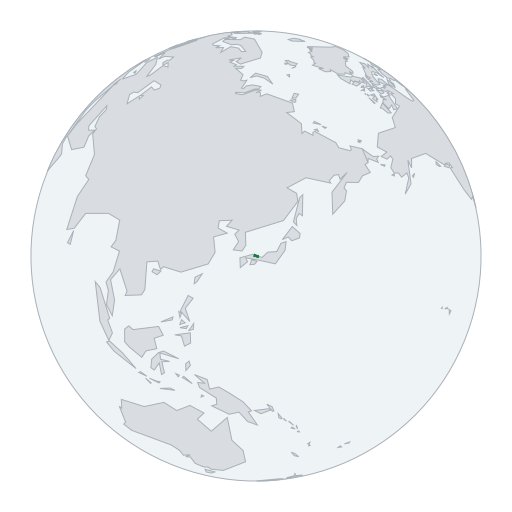 Tottori on an orthographic globe, rotated 22°
{"feature_id": "JPN-1825", "entity_name": "Tottori", "entity_type": "Prefecture", "adm_level": 1, "iso_a3": "JPN", "parent_name": "Japan", "parent_adm1": "", "projection": "orthographic", "projection_center": [133.728, 35.325], "detail": "fine", "context": "on_globe", "style": "filled", "palette": "green", "viewbox_px": 512, "rotation_deg": 22, "n_neighbors": 0, "source": "natural_earth", "source_scale": "10m", "svg_char_len": 11960}
<svg xmlns="http://www.w3.org/2000/svg" viewBox="0 0 512 512"><g transform="rotate(22 256 256)"><circle cx="256" cy="256" r="225" fill="#eef3f6" stroke="#a8b0b8"/><path d="M412.4,393.4L412.3,394.4L412.0,394.7L412.4,393.4ZM435.2,119.5L434.1,118.6L436.8,121.6L442.0,129.0L441.9,128.8L439.3,125.1L434.6,120.3L434.5,122.7L424.1,116.6L403.1,101.6L405.0,100.4L399.8,97.4L397.1,99.0L396.6,100.9L374.9,97.3L363.7,107.3L367.3,116.0L360.9,110.3L372.7,131.1L371.2,142.7L368.4,126.4L364.7,122.4L361.5,128.4L357.1,125.7L352.9,127.2L347.9,123.6L346.6,115.0L343.3,112.7L341.2,117.1L334.8,116.8L338.4,110.6L327.6,109.5L323.5,96.3L337.1,84.7L330.5,76.6L332.9,63.3L328.3,62.5L326.3,57.7L320.3,55.2L322.5,54.0L315.8,53.2L314.9,54.8L311.7,55.1L308.1,54.0L310.2,52.0L312.3,52.3L311.1,51.2L313.7,50.8L310.4,50.3L313.4,48.5L305.0,48.7L302.9,45.9L306.4,45.2L313.0,47.4L337.4,53.0L342.9,53.9L344.1,52.6L331.7,44.9L334.9,45.5L334.2,44.8L329.2,43.1L328.0,43.3L318.6,40.6L318.3,41.7L314.4,41.0L311.2,41.8L304.2,39.6L299.1,37.3L301.4,36.7L299.3,35.9L291.0,35.1L289.4,33.4L281.4,32.2L297.7,34.6L313.8,38.3L329.6,43.1L345.0,49.1L359.9,56.1L374.3,64.3L388.0,73.5L401.1,83.6L413.3,94.7L424.7,106.7L435.2,119.5ZM457.0,237.4L455.1,233.3L457.3,233.7L457.0,237.4ZM453.2,232.4L454.0,233.4L453.2,232.8L453.2,232.4ZM452.1,232.9L452.9,232.5L452.1,233.5L452.1,232.9ZM450.8,234.4L451.4,233.4L451.4,233.7L450.8,234.4ZM448.2,235.1L447.4,235.1L447.8,233.8L448.2,235.1ZM397.1,102.3L397.5,99.4L401.6,99.3L401.8,101.9L397.1,102.3ZM388.7,103.5L387.6,101.1L393.6,103.7L392.4,104.3L388.7,103.5ZM371.0,123.2L372.1,119.9L372.6,124.1L371.0,123.2ZM353.3,128.0L354.4,129.9L351.7,130.0L353.3,128.0ZM315.2,43.1L313.3,42.4L314.9,42.6L315.2,43.1ZM315.7,44.1L319.0,44.8L319.7,45.4L317.7,45.0L315.7,44.1ZM341.6,124.7L337.1,124.5L341.5,123.2L341.6,124.7ZM311.5,43.3L320.6,46.4L321.8,47.6L315.0,47.2L311.5,43.3ZM334.3,123.4L323.4,123.5L324.9,127.5L314.4,116.8L327.2,119.9L332.4,117.5L331.5,120.9L334.3,123.4ZM316.3,55.9L317.0,54.0L319.7,56.7L316.3,55.9ZM318.8,57.5L331.9,66.4L329.0,68.8L325.2,65.2L324.2,69.7L316.4,66.5L315.2,63.3L318.6,62.2L313.0,61.9L318.8,57.5ZM310.4,111.1L307.6,110.1L310.3,109.5L310.4,111.1ZM310.7,55.4L313.6,56.8L311.3,59.0L305.0,56.7L307.8,56.7L310.7,55.4ZM327.8,72.6L325.0,74.0L317.8,71.8L315.8,72.1L315.9,66.7L327.8,72.6ZM306.5,55.6L301.9,55.5L299.7,53.5L307.7,54.3L306.5,55.6ZM313.3,60.6L311.9,61.6L310.7,60.3L313.3,60.6ZM289.2,47.1L292.8,48.3L291.9,49.5L289.2,47.1ZM300.4,55.6L301.2,56.3L301.2,57.0L297.9,56.6L300.4,55.6ZM310.9,65.6L308.5,64.5L310.5,67.7L305.2,66.4L306.3,63.1L303.6,64.0L302.0,63.7L304.6,61.5L310.9,65.6ZM294.6,58.4L294.1,54.3L287.8,51.5L288.4,50.3L298.5,55.0L294.6,58.4ZM300.3,60.3L296.9,58.8L299.4,57.9L303.2,58.4L300.3,60.3ZM301.3,66.9L309.1,69.6L308.6,70.3L301.3,66.9ZM292.3,57.7L292.5,58.7L291.5,57.6L292.3,57.7ZM298.0,64.2L300.8,65.0L300.1,65.7L298.0,64.2ZM290.4,60.3L290.3,58.9L292.9,59.1L290.4,60.3ZM293.5,62.2L291.9,63.0L293.9,60.0L294.9,62.4L293.5,62.2ZM296.9,64.7L297.4,65.4L295.8,64.3L296.9,64.7ZM280.7,60.6L282.5,56.8L288.3,57.1L285.7,60.7L280.7,60.6ZM79.2,116.4L80.7,115.0L69.1,133.1L65.7,142.1L76.8,132.5L82.4,117.3L90.2,108.8L91.3,115.8L87.5,130.4L90.4,127.7L98.6,114.2L103.6,113.9L102.1,109.5L98.3,113.9L97.3,111.6L100.7,107.4L102.3,107.2L105.1,102.4L96.6,105.1L91.8,110.0L95.6,101.4L88.1,109.0L87.0,108.9L99.3,96.3L102.6,93.8L120.6,78.1L117.5,79.7L100.3,95.0L103.0,92.0L98.7,95.3L104.2,90.4L123.8,74.3L131.1,68.5L143.3,60.9L145.2,59.9L157.1,53.7L151.4,56.8L154.3,55.5L149.3,58.6L150.9,59.8L147.1,63.1L156.0,60.9L155.3,62.6L150.2,63.2L144.7,65.8L136.3,75.6L137.2,76.7L143.6,74.7L140.5,78.0L147.8,74.9L147.1,80.4L154.1,71.4L161.9,69.8L166.0,72.0L169.8,70.1L163.2,66.6L159.4,66.7L154.1,69.3L144.9,69.5L146.0,66.9L160.4,61.3L163.6,57.3L173.4,55.5L185.3,64.8L186.0,70.7L169.7,83.9L164.8,83.2L168.2,77.8L157.4,84.3L161.9,83.0L159.3,86.0L166.1,86.0L164.6,88.2L173.7,84.7L172.6,87.4L166.9,89.6L176.0,92.7L175.9,98.7L178.7,98.4L181.7,96.4L179.7,105.8L181.8,105.3L183.3,101.9L188.6,98.7L197.0,97.0L195.9,100.3L192.7,101.4L184.2,109.0L175.8,111.9L176.2,113.1L183.2,111.5L193.5,102.1L199.0,100.2L194.7,104.7L196.7,102.9L199.0,103.0L200.2,106.4L205.2,101.6L232.5,100.6L237.5,107.8L230.7,111.5L248.5,116.3L252.8,125.3L254.2,122.0L263.7,122.8L262.4,120.0L263.8,118.5L287.5,121.0L292.2,124.6L303.9,123.1L304.7,121.6L301.9,118.7L314.4,116.8L324.9,127.5L322.7,130.3L330.7,135.7L324.7,141.7L323.4,149.5L312.2,153.8L312.2,160.1L315.4,161.5L317.7,171.7L311.5,188.5L302.6,168.4L309.1,144.5L305.2,153.3L302.0,149.6L298.1,151.9L295.7,158.7L298.0,160.4L273.1,164.7L259.2,181.1L270.2,182.7L274.4,189.7L268.2,212.8L237.3,238.0L242.6,250.0L241.1,256.6L232.6,258.8L234.5,249.1L228.2,243.8L230.6,238.3L217.5,239.5L220.4,231.8L208.8,237.0L210.3,244.2L220.7,245.6L209.5,254.2L216.7,267.9L214.6,281.3L192.4,299.1L174.2,300.6L172.5,304.3L166.9,297.5L157.0,302.3L165.5,328.7L164.4,334.9L149.5,341.6L149.6,336.9L134.6,318.9L130.0,332.4L141.3,349.7L145.1,365.2L135.6,357.1L132.0,343.1L126.7,336.3L129.5,324.2L127.6,302.6L118.2,301.8L120.2,294.2L116.2,273.7L103.3,271.7L82.1,280.3L77.0,298.5L70.6,302.3L68.1,267.6L72.3,247.7L68.0,245.3L68.2,222.4L58.8,203.9L60.5,197.8L58.1,196.3L58.7,185.7L62.4,176.2L61.4,172.5L52.3,197.9L53.7,202.1L59.1,199.8L55.9,207.5L55.7,219.6L45.2,226.5L36.2,215.2L40.3,200.6L59.7,151.4L61.9,148.6L62.2,148.1L62.8,147.3L59.4,151.1L64.4,142.4L48.6,172.7L43.8,183.9L36.0,215.7L35.5,216.4L34.5,224.7L37.5,234.1L36.4,238.4L31.9,251.6L30.7,255.9L31.3,239.2L33.2,222.6L36.3,206.2L40.6,190.0L46.1,174.2L52.7,158.9L60.5,144.1L69.3,129.9L79.2,116.4ZM78.3,153.7L79.4,163.2L87.8,151.4L89.0,154.3L91.4,149.5L88.5,150.6L95.8,138.4L99.5,140.3L104.0,136.3L103.8,133.0L95.8,131.7L85.2,148.8L81.2,149.9L78.3,153.7ZM175.5,47.1L171.0,48.9L168.7,49.3L173.6,46.6L176.9,45.9L175.5,47.1ZM165.1,51.6L178.1,47.7L175.6,49.7L174.8,49.1L171.9,50.8L169.8,50.5L154.7,56.9L151.8,57.8L162.3,51.4L160.5,52.8L165.0,50.6L165.1,51.6ZM215.6,39.0L221.2,38.7L208.6,43.3L204.9,43.1L209.4,40.0L216.6,38.4L215.6,39.0ZM297.8,42.5L300.8,43.1L300.2,43.5L297.2,43.3L297.8,42.5ZM291.0,47.5L284.3,40.9L287.3,41.1L279.8,37.7L284.9,37.0L289.6,39.0L287.8,36.3L294.2,37.9L292.1,36.2L302.1,40.9L307.7,42.7L299.5,40.9L294.7,41.4L294.2,42.2L297.3,45.9L306.9,50.6L303.7,52.3L298.8,52.4L296.0,51.5L299.0,50.5L293.1,50.1L295.3,48.1L291.0,47.5ZM243.8,58.8L248.4,56.8L236.9,58.0L239.0,55.0L237.5,55.3L236.3,53.0L232.3,51.0L234.3,49.8L231.9,49.6L231.1,48.2L228.4,47.6L231.0,45.4L228.0,44.6L231.0,44.1L225.0,43.3L230.6,43.0L230.0,41.6L224.9,42.7L245.5,35.0L249.8,33.0L250.3,31.8L259.8,32.1L265.3,33.7L267.7,36.5L262.2,38.8L267.5,38.8L266.4,40.0L262.7,39.5L267.8,41.1L265.9,42.1L268.0,46.2L276.5,48.6L277.5,50.4L273.2,50.0L277.2,52.1L269.8,52.7L270.3,54.2L263.6,56.5L255.0,55.3L256.2,57.0L251.2,59.2L243.8,58.8ZM278.6,61.1L267.9,59.7L263.8,57.6L277.3,54.6L277.8,53.2L286.3,51.8L292.1,55.1L289.1,55.1L287.6,56.0L286.4,54.6L286.2,56.4L282.1,56.6L280.9,58.1L277.7,57.2L278.6,61.1ZM104.3,89.5L102.3,91.5L100.1,93.9L97.3,96.3L104.3,89.5ZM113.5,81.5L117.6,78.3L116.4,79.4L111.3,83.3L113.4,81.6L113.5,81.5ZM120.0,76.9L116.7,79.1L119.7,76.9L120.0,76.9ZM149.5,64.3L148.7,65.6L147.0,66.4L145.4,66.4L149.5,64.3ZM210.0,63.7L213.4,62.4L214.2,63.0L222.2,62.3L221.2,64.8L216.0,66.2L210.0,63.7ZM75.3,132.0L73.8,131.7L75.4,129.1L75.6,129.7L75.3,132.0ZM84.1,112.5L80.1,118.4L83.4,113.1L84.1,112.5ZM210.4,66.3L213.8,65.7L211.2,67.4L210.4,66.3ZM221.0,66.7L218.7,68.6L222.1,65.1L221.0,66.7ZM199.4,410.7L206.3,412.9L206.1,413.6L199.4,410.7ZM192.2,406.5L199.9,408.4L191.0,407.9L192.2,406.5ZM202.9,409.2L210.7,409.2L214.1,408.5L213.6,410.1L202.9,409.2ZM187.0,405.3L160.1,397.4L149.7,391.7L151.9,389.6L168.7,395.9L187.0,405.3ZM151.1,389.3L135.7,374.9L116.6,340.0L123.4,343.8L143.7,368.6L142.4,370.8L151.7,381.1L151.1,389.3ZM189.5,385.2L188.1,392.7L173.0,388.0L166.3,384.7L161.6,372.9L164.2,368.4L169.6,370.3L192.1,357.8L199.7,364.2L192.4,370.4L198.7,379.1L189.5,385.2ZM77.4,300.8L79.4,314.8L76.2,314.2L77.4,300.8ZM202.3,346.6L192.5,352.8L201.8,343.6L202.3,346.6ZM208.4,337.0L208.5,341.5L205.2,336.4L208.4,337.0ZM171.3,310.4L165.5,309.5L165.8,306.3L173.5,305.6L171.3,310.4ZM212.8,292.6L210.9,302.0L209.1,304.9L207.4,298.6L212.8,292.6ZM207.2,90.3L197.1,88.0L189.2,88.8L183.8,92.8L187.1,86.6L199.2,85.3L207.2,90.3ZM229.4,98.8L234.2,95.9L235.1,98.2L234.1,99.2L229.4,98.8ZM230.2,96.3L230.4,90.9L235.0,90.0L233.9,94.4L230.2,96.3ZM219.9,77.5L217.0,76.5L219.2,75.1L219.9,77.5ZM361.6,453.6L365.2,452.3L359.0,456.0L350.1,460.5L340.8,464.3L361.6,453.6ZM290.8,474.9L288.6,472.8L298.8,471.6L296.2,473.9L290.8,474.9ZM367.9,449.8L373.4,445.7L373.6,443.1L375.1,444.7L381.6,441.5L367.5,451.1L367.9,449.8ZM248.0,463.0L206.1,464.2L196.3,461.4L197.3,458.8L185.5,446.5L188.6,447.5L184.8,439.4L208.7,437.5L225.5,426.2L240.4,429.0L250.7,419.3L266.6,421.1L262.7,429.3L280.2,435.2L289.8,416.5L302.7,435.9L316.9,441.2L323.4,450.7L306.1,467.0L294.1,470.5L290.8,469.7L286.1,471.2L277.4,471.1L270.5,467.0L266.0,468.3L269.5,464.9L263.3,467.9L257.8,464.8L248.0,463.0ZM362.7,424.8L365.6,424.5L370.8,426.1L366.1,426.8L362.7,424.8ZM405.2,400.4L406.9,401.0L403.8,402.8L405.2,400.4ZM412.0,394.7L408.3,397.1L412.4,393.4L412.0,394.7ZM375.6,410.8L377.2,411.5L376.1,412.3L375.6,410.8ZM374.3,410.7L375.8,408.5L375.8,410.4L374.3,410.7ZM359.8,403.5L361.3,402.1L362.2,402.8L359.8,403.5ZM216.5,414.8L225.8,410.6L231.2,410.9L216.5,414.8ZM357.2,401.7L353.1,402.3L353.4,401.1L357.2,401.7ZM357.2,399.1L356.7,397.6L359.5,400.8L357.2,399.1ZM349.1,396.9L354.3,398.9L348.6,397.3L349.1,396.9ZM346.2,397.7L342.6,396.9L342.8,396.4L346.2,397.7ZM307.3,403.4L320.6,412.2L310.3,412.6L298.7,407.1L290.4,412.8L271.1,411.5L275.2,408.1L272.4,402.6L253.1,399.1L249.2,395.1L255.9,393.3L243.4,389.0L257.0,388.8L262.8,396.8L270.6,391.4L284.5,393.4L298.3,396.0L309.9,401.2L307.3,403.4ZM257.5,405.2L259.9,405.4L257.9,407.4L257.5,405.2ZM335.6,393.8L340.9,396.7L340.3,397.6L337.8,397.4L335.6,393.8ZM312.5,399.8L324.7,393.0L327.7,392.9L319.6,400.4L312.5,399.8ZM321.5,389.3L327.4,389.7L330.6,392.9L329.5,393.9L321.5,389.3ZM229.6,395.2L229.2,397.2L225.7,395.1L229.6,395.2ZM234.1,394.6L244.7,398.2L233.2,396.2L234.1,394.6ZM203.2,381.9L206.1,387.5L215.4,386.1L208.3,389.3L214.9,398.6L212.8,401.3L206.3,391.3L204.4,399.9L200.4,398.9L197.9,390.7L201.9,382.0L205.9,378.8L222.8,380.2L203.2,381.9ZM233.9,388.5L231.2,382.2L233.3,378.5L236.2,382.1L233.9,388.5ZM223.5,366.4L216.8,358.0L210.3,359.5L223.9,351.9L228.0,361.2L223.5,366.4ZM218.5,349.5L212.3,350.9L219.0,346.2L218.5,349.5ZM211.0,348.1L210.8,342.9L215.4,344.5L211.0,348.1ZM221.6,350.3L223.5,341.9L225.4,347.4L221.6,350.3ZM210.0,330.9L219.1,341.5L206.4,335.2L207.9,318.0L213.5,318.8L210.0,330.9ZM253.6,266.3L253.4,261.0L259.0,260.6L257.6,264.3L253.6,266.3ZM276.9,256.0L260.4,258.8L247.1,261.5L250.3,264.5L245.8,272.7L241.8,263.7L252.4,255.6L262.2,255.1L265.4,248.1L273.6,244.1L274.4,234.9L278.5,231.4L280.8,239.8L276.9,256.0ZM274.3,230.9L278.6,215.1L288.4,218.6L289.6,222.9L283.5,228.5L278.7,226.3L274.3,230.9ZM282.5,212.4L277.9,210.3L274.6,185.7L276.4,181.6L284.0,201.3L280.1,200.4L279.2,206.1L282.5,212.4ZM307.6,111.9L307.6,110.2L309.5,112.0L307.6,111.9ZM262.9,117.0L265.1,115.3L267.2,117.1L262.9,117.0ZM272.2,111.8L268.4,110.9L273.0,110.5L272.2,111.8ZM259.6,109.3L267.1,109.8L259.2,111.3L259.6,109.3Z" fill="#d9dde1" stroke="#a8b0b8" stroke-width="1"/><path d="M254.5,255.2L254.5,255.3L254.8,255.5L255.0,255.5L255.1,255.3L255.4,255.2L255.5,255.2L256.0,255.3L256.6,255.3L256.9,255.2L257.0,255.2L257.4,255.2L257.6,255.1L257.8,255.1L258.0,254.9L258.1,255.0L258.3,255.5L258.4,255.8L258.5,256.0L258.5,256.3L258.4,256.4L258.2,256.4L258.0,256.5L257.9,256.5L257.7,256.5L257.4,256.6L257.3,256.4L257.2,256.3L257.1,256.2L256.9,256.1L256.7,256.0L256.4,256.2L256.4,256.3L256.2,256.2L255.6,256.0L255.4,256.3L255.3,256.5L255.1,256.7L254.9,256.7L254.9,256.8L254.6,257.0L254.4,257.0L254.2,257.0L254.1,256.8L254.2,256.7L254.2,256.4L254.3,256.4L254.5,256.3L254.6,256.2L254.6,255.7L254.4,255.5L254.4,255.4L254.3,255.2L254.5,255.2L254.5,255.2Z" fill="#22c55e" stroke="#15803d" stroke-width="1.5"/></g></svg>